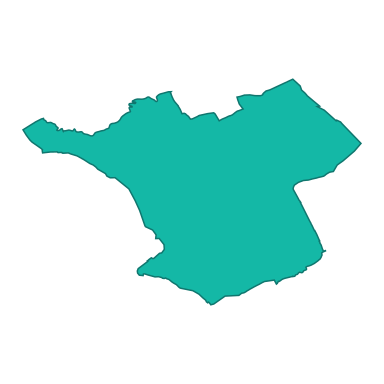 the district of Steenwijkerland, Overijssel, Netherlands
{"feature_id": "6326949B44808907248526", "entity_name": "Steenwijkerland", "entity_type": "district", "adm_level": 2, "iso_a3": "NLD", "parent_name": "Netherlands", "parent_adm1": "Overijssel", "projection": "robinson", "projection_center": [6.02, 52.748], "detail": "fine", "context": "isolated", "style": "filled", "palette": "teal", "viewbox_px": 384, "rotation_deg": 0, "n_neighbors": 0, "source": "geoboundaries", "source_scale": "gbopen_adm2", "svg_char_len": 5882}
<svg xmlns="http://www.w3.org/2000/svg" viewBox="0 0 384 384"><path d="M43.5,118.4L41.3,119.0L35.4,122.0L33.9,123.0L30.8,124.9L23.0,129.8L26.4,135.3L29.9,140.0L32.0,142.1L41.0,148.4L42.5,149.8L42.2,150.5L42.6,152.9L50.4,152.0L57.2,151.9L58.0,152.6L61.6,152.4L62.4,152.8L62.4,153.1L62.8,153.1L63.2,153.2L68.3,152.9L70.6,153.9L77.1,155.9L84.1,159.8L89.8,163.5L93.2,165.0L95.8,167.0L97.8,169.2L105.5,173.6L106.9,176.1L110.2,177.8L115.1,177.7L128.9,188.9L135.2,200.7L139.7,210.6L144.9,225.7L145.5,226.7L152.6,230.0L156.1,234.9L155.7,238.6L159.2,238.5L164.0,244.6L164.3,249.4L161.7,252.9L159.5,253.3L153.9,258.3L152.9,258.6L151.3,257.8L149.1,259.4L149.2,259.5L147.3,260.9L147.8,261.4L138.2,268.6L137.3,271.0L137.6,273.1L139.3,275.2L143.1,275.6L143.4,274.0L144.7,273.9L148.1,275.0L155.0,276.9L158.5,276.7L161.6,277.5L162.5,278.2L164.1,278.5L165.7,278.0L166.6,278.7L169.0,279.5L172.1,282.1L173.8,283.2L176.2,284.5L176.9,285.1L178.9,287.2L180.0,288.0L181.0,288.3L192.9,290.7L199.0,294.2L203.0,298.0L205.7,300.2L206.4,301.8L207.7,302.8L208.3,302.1L208.7,302.4L209.0,302.5L209.9,303.5L210.8,304.8L213.8,304.0L225.1,296.1L238.9,295.4L241.7,293.2L243.1,293.0L244.4,292.6L246.6,291.3L246.8,291.0L248.3,290.2L250.4,288.9L251.9,288.1L254.2,286.8L255.0,286.4L257.1,285.3L259.0,284.4L262.2,282.6L264.5,281.5L274.3,280.1L276.4,284.1L277.3,283.4L277.2,283.2L278.4,281.4L278.8,281.6L280.4,280.7L281.6,279.7L282.7,279.1L283.7,278.7L284.9,278.3L289.4,277.2L291.3,276.7L292.7,276.6L292.7,276.3L293.7,276.4L294.6,276.3L295.1,275.9L295.3,275.3L295.6,274.9L297.1,274.4L297.4,274.3L297.7,274.0L298.2,273.3L298.7,272.8L299.3,272.4L299.6,272.2L299.9,272.3L301.6,272.7L302.2,272.6L302.5,272.4L302.9,272.1L303.7,270.8L304.3,270.5L305.9,269.9L306.3,269.7L306.5,269.4L306.5,268.8L306.4,268.5L305.9,267.3L306.0,267.1L306.2,266.9L307.4,266.3L309.0,265.9L311.0,265.2L314.4,263.4L318.1,260.7L318.7,260.0L319.6,259.5L319.8,259.3L320.2,258.8L321.1,257.3L321.5,256.2L322.0,255.1L321.9,254.0L321.7,253.1L321.8,252.8L322.2,252.5L323.2,251.9L324.7,251.3L325.5,250.9L325.4,250.6L323.5,251.2L322.4,248.9L321.2,245.2L320.5,243.9L320.2,243.7L320.0,243.4L320.0,243.2L320.0,242.8L319.2,241.2L319.7,240.9L319.0,239.6L316.8,234.5L314.8,230.6L314.5,230.7L313.6,228.9L312.1,225.7L311.1,223.9L310.6,222.6L309.9,221.5L300.4,202.5L300.7,202.3L300.5,202.1L299.9,201.1L299.7,200.9L299.1,200.2L297.6,197.3L293.3,189.5L293.3,189.3L293.1,188.7L293.5,187.0L294.4,185.1L296.6,183.6L298.2,182.5L298.6,182.3L303.4,180.5L305.6,180.3L306.3,180.2L307.9,180.1L308.6,180.0L312.5,178.9L316.6,178.0L318.5,177.4L318.8,177.4L319.2,177.2L320.5,177.0L323.6,176.2L324.0,176.0L325.1,175.2L326.0,174.4L326.7,173.9L329.6,172.2L333.4,171.5L337.2,165.0L343.1,160.8L354.4,151.1L361.0,143.4L341.9,123.6L340.6,122.0L336.6,120.1L336.1,120.3L336.0,120.7L324.3,110.2L317.3,106.6L319.6,106.1L312.7,100.4L311.9,99.7L307.0,95.6L306.6,94.9L305.7,93.9L304.7,92.8L301.6,90.1L300.2,86.0L292.8,79.2L270.0,89.8L269.1,90.1L266.0,91.0L263.7,93.0L262.9,93.9L262.9,94.5L262.3,95.0L261.7,95.3L260.6,95.7L256.1,95.7L254.6,95.6L249.9,94.9L244.4,95.1L240.0,96.5L237.0,97.1L237.6,99.2L237.9,100.2L238.4,101.5L239.0,103.3L239.1,103.7L239.6,104.5L243.1,109.0L239.1,110.6L237.3,111.1L235.0,112.7L234.6,113.1L232.3,114.9L230.4,115.7L229.4,115.9L228.0,116.5L225.8,117.6L222.2,119.1L219.2,120.8L215.4,114.4L214.9,113.7L213.7,112.8L207.7,113.6L199.5,115.4L198.5,115.8L197.7,116.4L192.5,118.8L191.8,119.0L190.8,119.0L190.4,119.1L190.3,118.9L190.2,118.8L188.5,116.4L187.6,115.7L186.4,114.8L186.2,114.6L185.7,114.0L185.4,113.8L184.9,113.6L184.1,113.3L182.0,113.7L180.2,109.4L178.1,106.0L178.0,105.8L178.1,105.7L176.2,103.5L174.6,101.6L174.3,101.2L173.9,100.4L173.7,100.3L173.5,99.9L171.9,96.4L170.9,93.7L170.7,93.6L170.9,93.3L170.4,92.3L171.0,91.7L168.3,91.8L163.3,93.2L160.9,93.8L160.0,94.1L159.0,94.6L158.2,95.2L157.3,96.0L156.8,96.6L156.5,97.0L156.5,97.4L156.6,97.8L157.3,99.6L157.4,100.2L157.3,100.7L157.1,101.2L156.9,101.4L156.5,101.5L156.0,101.5L155.6,101.3L154.6,100.3L154.3,100.0L151.2,98.6L150.4,98.1L149.2,97.2L148.4,97.0L147.8,97.1L147.4,97.2L145.9,98.2L144.9,98.6L143.9,98.9L142.7,99.1L141.5,99.2L139.4,99.1L137.3,99.1L136.4,99.3L135.2,99.6L133.9,100.3L132.8,100.8L132.5,101.0L132.4,101.3L132.4,101.5L132.6,101.7L132.9,101.9L133.1,101.9L134.7,102.0L135.1,102.1L135.7,102.5L135.7,102.8L135.4,103.3L135.0,103.5L134.4,103.5L132.5,103.2L131.4,103.3L129.8,103.6L129.4,103.7L129.2,104.1L129.0,104.5L129.0,104.8L129.1,105.1L129.4,105.4L130.2,105.8L131.7,106.2L132.0,106.4L132.1,106.7L132.1,106.9L131.9,107.1L130.0,107.0L129.5,107.2L129.2,107.6L129.2,107.9L129.2,108.2L129.3,108.6L130.4,111.3L130.4,111.6L130.2,111.8L129.7,112.0L128.2,112.5L126.3,113.4L125.0,114.3L122.6,116.1L122.1,116.6L121.4,117.3L121.1,117.8L120.5,119.0L119.6,120.3L118.4,121.4L118.0,121.8L116.8,122.4L115.2,123.0L114.0,123.3L112.1,123.5L111.1,123.9L110.7,124.2L110.4,124.4L110.0,124.9L109.6,125.8L109.4,126.6L109.0,127.7L108.8,128.1L108.4,128.4L106.2,129.1L104.7,130.0L104.2,130.3L100.7,131.0L99.5,131.4L97.1,132.0L95.7,132.5L95.1,132.9L94.8,133.2L93.6,135.0L93.3,135.3L92.7,135.7L92.1,135.9L91.4,135.9L90.5,135.8L87.5,134.5L85.2,134.1L84.1,133.8L83.3,133.4L82.4,132.3L82.0,132.0L81.6,131.8L81.0,131.7L78.4,132.1L76.6,131.9L76.2,131.6L75.8,131.3L75.3,130.0L74.8,129.3L74.4,129.0L74.2,129.1L73.1,130.6L72.9,130.8L72.5,130.9L71.8,130.8L69.7,130.2L68.7,130.1L67.8,130.3L65.4,130.8L63.8,130.9L63.5,131.1L63.3,131.4L62.1,128.7L61.8,128.7L60.8,129.1L60.6,129.3L59.8,130.0L59.3,130.3L58.1,130.6L57.4,130.5L57.1,130.4L56.9,130.3L56.9,130.1L56.9,129.9L57.2,129.4L58.0,128.3L58.1,128.1L58.1,127.9L57.6,127.4L56.1,126.3L56.0,126.0L55.9,125.6L55.7,125.3L55.3,124.7L55.0,124.3L54.4,124.0L52.8,123.5L51.5,122.7L50.9,122.5L50.4,122.4L48.9,122.6L47.8,122.7L47.2,122.6L46.8,122.4L46.4,121.9L45.8,120.9L45.5,120.6L44.2,119.9L43.8,119.6L43.6,119.3L43.5,119.1L43.6,118.7L43.5,118.4Z" fill="#14b8a6" stroke="#0f766e" stroke-width="1.5"/></svg>